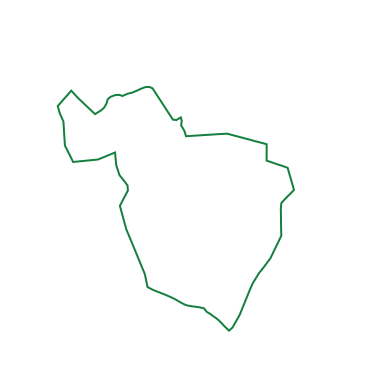 Aroeiras do Itaim, Piauí, Brazil (Robinson projection), rotated 66°
{"feature_id": "56859067B23103915358992", "entity_name": "Aroeiras do Itaim", "entity_type": "district", "adm_level": 2, "iso_a3": "BRA", "parent_name": "Brazil", "parent_adm1": "Piauí", "projection": "robinson", "projection_center": [-41.534, -7.243], "detail": "fine", "context": "isolated", "style": "outline", "palette": "green", "viewbox_px": 384, "rotation_deg": 66, "n_neighbors": 0, "source": "geoboundaries", "source_scale": "gbopen_adm2", "svg_char_len": 1350}
<svg xmlns="http://www.w3.org/2000/svg" viewBox="0 0 384 384"><g transform="rotate(66 192 192)"><path d="M268.2,128.1L264.1,126.5L254.4,122.4L250.9,120.8L245.6,118.6L242.5,117.2L238.4,114.8L237.0,111.6L235.0,106.7L233.8,103.4L231.6,98.0L225.5,97.1L218.7,96.2L208.8,94.8L204.3,99.5L201.5,102.7L198.9,105.4L193.7,111.1L182.9,106.2L178.7,104.4L173.1,111.3L171.2,113.8L168.2,117.3L159.3,128.4L153.0,136.2L151.0,141.5L149.8,144.6L138.6,174.8L133.4,174.1L126.7,174.8L122.9,172.5L119.3,171.8L119.9,177.0L118.1,180.0L81.2,185.9L78.7,188.2L77.2,192.0L76.9,196.3L77.0,200.2L76.9,206.0L76.0,211.1L76.0,216.5L73.8,218.8L72.3,222.3L71.9,227.6L73.1,231.4L76.4,234.1L79.3,238.2L80.5,242.1L81.4,248.9L59.5,258.0L50.3,261.1L58.9,279.7L66.4,280.8L75.3,280.8L97.9,289.2L110.3,288.6L116.2,288.4L124.1,264.6L124.6,246.2L136.6,250.3L147.0,251.4L159.6,248.2L164.5,249.9L175.3,263.5L199.2,267.2L220.0,267.7L226.5,267.9L248.0,268.5L260.7,271.3L264.8,268.1L267.7,265.4L271.1,262.0L275.5,257.7L278.8,254.7L282.6,251.4L285.4,249.4L288.8,246.9L291.7,244.6L294.0,242.1L296.3,238.8L298.2,235.5L300.7,231.6L303.1,228.4L307.4,227.3L311.2,224.7L314.1,223.1L316.7,221.5L319.3,220.1L323.8,218.3L327.5,217.1L330.2,216.0L333.7,214.6L332.4,210.3L323.9,198.7L304.0,178.0L299.9,173.4L293.3,163.7L290.2,157.6L284.5,147.4L268.2,128.1Z" fill="none" stroke="#15803d" stroke-width="2"/></g></svg>